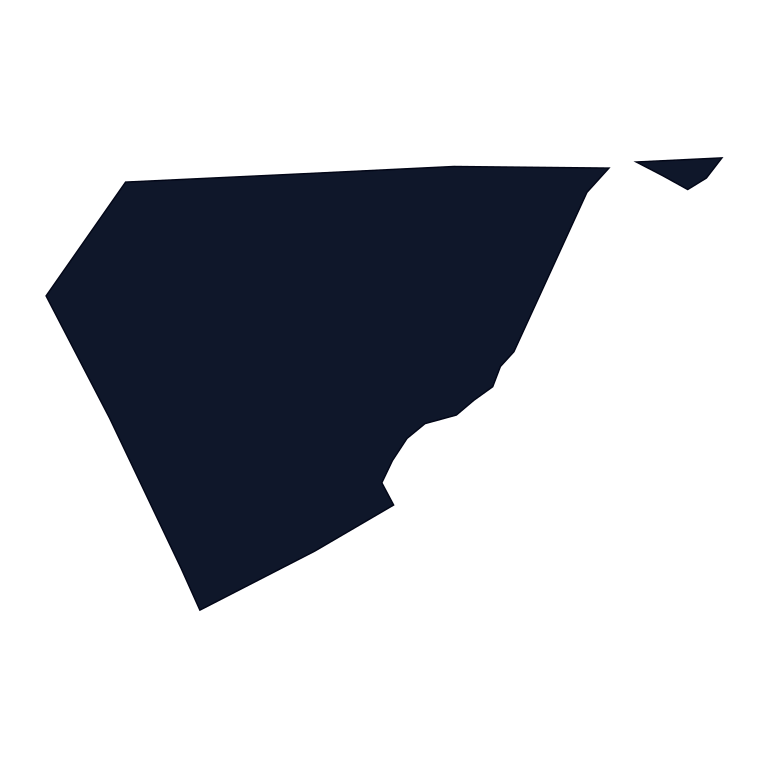 outline of Pilõezinhos, Paraíba, Brazil
{"feature_id": "56859067B31545744906067", "entity_name": "Pilõezinhos", "entity_type": "district", "adm_level": 2, "iso_a3": "BRA", "parent_name": "Brazil", "parent_adm1": "Paraíba", "projection": "orthographic", "projection_center": [-35.529, -6.853], "detail": "fine", "context": "isolated", "style": "filled", "palette": "ink", "viewbox_px": 768, "rotation_deg": 0, "n_neighbors": 0, "source": "geoboundaries", "source_scale": "gbopen_adm2", "svg_char_len": 456}
<svg xmlns="http://www.w3.org/2000/svg" viewBox="0 0 768 768"><path d="M393.6,505.0L381.8,482.8L392.4,460.6L407.0,438.4L425.0,423.6L456.4,415.0L473.9,400.2L492.7,386.7L500.4,366.5L513.9,351.7L586.9,192.4L608.9,168.1L453.9,166.5L283.9,174.7L125.6,182.1L46.1,295.9L109.7,418.3L181.1,568.2L199.9,610.1L314.9,551.0L393.6,505.0ZM721.9,157.9L636.3,162.0L662.4,175.5L687.7,189.5L706.4,178.0L721.9,157.9Z" fill="#0f172a" stroke="#020617" stroke-width="1.5"/></svg>